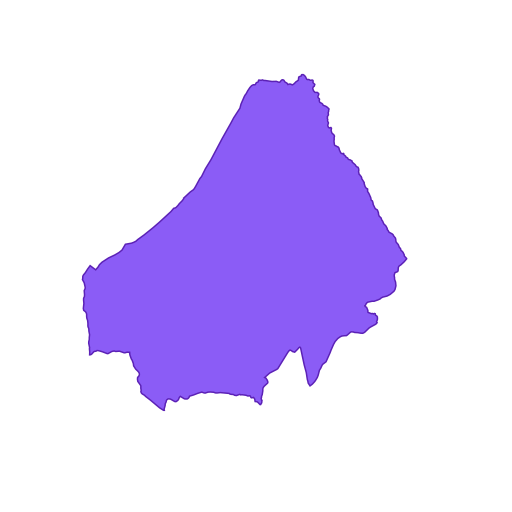 Oshwe, Bandundu, Democratic Republic of the Congo, rotated 211°
{"feature_id": "63176286B4112889633509", "entity_name": "Oshwe", "entity_type": "district", "adm_level": 2, "iso_a3": "COD", "parent_name": "Democratic Republic of the Congo", "parent_adm1": "Bandundu", "projection": "robinson", "projection_center": [19.895, -3.147], "detail": "fine", "context": "isolated", "style": "filled", "palette": "violet", "viewbox_px": 512, "rotation_deg": 211, "n_neighbors": 0, "source": "geoboundaries", "source_scale": "gbopen_adm2", "svg_char_len": 6098}
<svg xmlns="http://www.w3.org/2000/svg" viewBox="0 0 512 512"><g transform="rotate(211 256 256)"><path d="M393.2,162.3L393.6,158.1L393.7,153.7L394.1,151.1L394.1,150.0L393.9,149.2L393.0,147.6L392.6,146.4L389.5,144.6L386.2,141.1L385.7,140.1L385.4,137.8L383.1,134.6L382.2,132.9L382.0,131.0L381.1,129.4L379.1,126.7L377.0,122.1L375.7,120.7L373.4,120.4L372.4,119.9L371.3,119.0L369.8,116.6L368.8,115.4L367.2,114.1L365.5,111.9L364.0,109.4L363.3,108.6L362.5,108.1L361.7,107.3L360.5,105.5L358.1,102.8L357.0,100.4L355.9,98.5L355.2,96.4L354.5,95.1L351.4,91.7L351.0,90.7L349.1,88.1L347.7,85.6L346.8,86.3L346.3,87.4L345.7,90.4L345.2,91.2L344.2,91.9L343.6,93.1L342.1,93.8L338.3,94.8L333.2,95.7L332.5,96.2L330.4,99.9L328.7,101.5L327.1,101.9L324.0,104.1L319.2,105.1L318.5,105.5L316.8,107.3L316.2,107.5L314.7,108.4L313.2,106.3L309.8,103.5L308.4,102.8L305.7,100.6L304.3,98.8L300.9,97.1L298.3,96.5L296.7,96.0L295.7,95.4L295.0,94.5L294.7,93.8L294.6,92.1L295.0,91.1L294.2,89.4L292.7,87.6L288.3,85.7L287.8,85.3L286.6,83.3L285.3,81.8L284.8,80.4L283.8,79.6L282.5,79.2L279.7,79.2L278.5,78.8L272.3,78.1L260.4,76.2L255.8,76.1L255.1,76.5L255.9,77.4L256.8,80.8L257.7,82.7L257.9,84.7L258.3,85.6L258.4,86.7L258.0,87.8L257.3,88.6L255.5,89.3L250.7,89.4L249.6,89.9L248.8,91.5L248.5,92.9L248.9,95.3L248.6,96.7L243.8,96.7L242.3,97.4L241.2,98.2L240.7,99.4L240.6,100.6L240.8,101.6L237.9,104.8L235.2,108.3L232.4,111.4L229.9,111.9L228.9,112.4L227.0,114.6L225.1,115.9L222.1,117.4L220.4,117.7L218.9,118.5L216.3,120.5L208.2,124.4L207.5,124.2L206.1,124.6L204.1,125.6L202.6,125.6L200.9,126.3L198.9,128.8L198.4,129.1L197.8,129.0L196.3,130.0L192.8,131.5L190.9,131.8L189.3,133.0L188.6,132.9L187.4,132.1L186.6,132.2L185.3,133.5L183.4,132.7L181.8,130.8L180.0,131.6L178.9,131.5L176.0,130.7L175.5,131.0L175.5,133.1L176.5,135.3L176.9,135.2L178.3,136.7L178.6,138.1L179.1,138.7L179.2,140.2L180.7,143.9L181.5,145.2L182.0,146.4L182.0,148.1L181.7,149.3L180.6,153.0L180.8,153.9L181.6,154.8L182.0,154.9L182.9,155.7L183.7,155.9L184.4,156.4L186.0,156.3L184.0,162.7L179.8,169.5L179.3,170.7L179.1,189.6L178.9,191.6L178.4,192.9L176.9,193.1L175.5,192.9L173.3,193.5L172.3,197.5L172.1,199.2L171.6,200.4L171.2,200.5L170.5,200.2L169.8,199.5L158.6,187.5L152.8,181.9L148.5,176.7L146.7,175.0L145.9,174.0L142.8,172.5L141.7,175.2L141.0,178.7L140.9,180.5L140.9,183.4L141.3,185.8L142.8,190.8L142.7,192.9L143.1,196.5L143.0,197.6L141.5,201.4L142.7,211.3L143.2,214.0L144.0,220.1L144.1,223.5L143.4,227.4L142.3,229.9L141.3,231.5L139.6,232.9L137.5,234.3L137.1,235.1L135.8,239.3L135.2,240.1L133.4,241.0L132.2,241.2L129.1,242.8L126.7,243.7L124.9,244.6L124.2,245.4L123.5,246.8L122.0,252.5L121.3,254.0L118.3,259.1L117.9,260.4L117.9,261.3L118.6,261.5L118.9,261.9L119.0,263.2L119.4,264.5L120.6,266.3L121.5,266.8L123.1,266.8L124.0,267.9L125.0,267.7L125.5,266.8L126.6,266.7L127.4,266.0L130.7,265.4L131.2,265.5L132.1,267.0L134.8,269.0L136.4,268.9L137.1,269.5L136.8,270.1L137.0,271.7L136.8,273.1L136.4,274.0L133.3,276.9L131.5,278.0L128.9,281.1L127.5,283.1L127.1,284.5L126.2,286.0L123.0,289.2L121.2,292.2L119.6,296.8L119.6,298.9L120.7,302.5L122.9,305.5L125.2,307.4L126.3,309.1L127.2,310.0L127.8,311.1L128.3,313.3L126.6,315.5L126.6,316.5L128.1,319.5L128.2,320.4L128.1,321.3L127.3,322.9L126.0,327.4L125.4,331.2L125.8,331.5L128.9,332.4L129.5,333.3L131.8,334.8L133.0,335.3L134.5,335.4L136.1,336.9L137.5,337.2L140.0,339.1L142.8,340.0L143.7,340.7L144.9,342.4L145.8,343.2L148.1,344.0L149.6,344.9L150.8,345.1L154.2,344.9L156.1,346.0L157.2,346.3L157.7,347.2L160.2,348.7L163.1,349.4L165.4,351.1L166.7,351.6L168.5,353.1L170.9,353.6L172.4,354.8L173.3,356.1L174.9,357.4L175.8,358.0L178.2,358.0L182.3,360.7L182.7,361.4L184.3,362.9L184.8,363.2L185.4,363.1L186.1,363.3L187.7,365.1L191.5,367.8L193.6,368.8L194.8,370.9L195.3,371.0L195.7,370.8L196.1,370.8L198.1,371.6L200.6,373.8L201.1,374.7L205.3,376.8L205.7,377.5L207.0,378.4L207.8,378.5L208.6,379.0L209.6,379.1L211.5,381.1L212.1,382.6L213.1,383.8L214.2,384.6L215.6,384.4L216.6,384.6L217.9,385.3L221.8,386.0L222.6,386.9L224.9,386.9L226.0,386.5L227.1,386.6L227.9,387.2L230.1,387.2L230.6,387.7L233.3,388.2L233.6,389.0L233.9,389.0L234.4,388.4L235.1,388.0L236.4,388.0L239.2,389.9L240.4,391.2L241.6,391.7L242.2,391.8L242.5,391.5L244.0,391.6L244.7,391.4L245.4,391.4L246.1,391.8L248.3,394.6L249.1,396.4L249.9,397.5L250.5,399.2L251.9,400.1L253.6,400.3L254.7,400.8L256.4,402.5L256.9,404.0L257.3,404.5L258.0,404.7L259.0,403.6L260.0,403.5L260.9,404.1L261.8,404.9L262.4,407.3L262.9,407.8L263.8,408.2L264.4,408.9L264.9,410.1L265.6,410.5L266.2,411.7L266.6,412.1L266.6,414.3L268.0,416.1L268.2,417.3L268.6,417.9L269.1,419.6L271.3,420.2L273.4,420.3L276.0,419.8L277.1,420.5L278.1,420.7L280.3,420.6L280.8,420.8L281.8,421.7L282.2,422.9L282.7,423.4L284.0,423.6L284.6,424.0L285.1,424.7L285.4,426.8L285.8,427.4L286.3,427.7L287.1,427.6L287.7,427.8L289.7,426.6L291.7,427.2L293.6,428.7L294.0,430.4L293.5,431.5L294.0,433.4L296.0,433.8L296.5,434.1L297.3,435.6L298.0,435.9L298.6,435.7L299.3,435.0L300.0,434.6L301.7,434.5L302.6,433.8L303.4,433.6L304.0,433.9L305.8,435.1L307.4,435.7L309.0,435.8L310.1,435.1L310.3,434.7L309.9,433.8L311.3,431.9L311.5,431.3L310.3,428.6L310.6,427.6L311.4,426.1L312.1,423.2L312.8,421.6L313.4,421.3L314.9,421.2L315.2,420.8L316.0,420.6L317.0,419.4L318.4,420.1L320.9,420.1L322.6,421.0L323.8,420.9L324.5,420.3L324.8,419.4L325.1,417.5L325.3,417.0L325.8,416.7L328.5,416.2L332.2,413.8L338.9,411.0L339.5,410.5L341.1,410.3L342.1,409.2L344.2,408.3L344.3,407.7L343.8,407.0L343.8,406.4L344.9,404.8L345.0,404.3L344.9,402.7L345.1,402.2L346.5,401.4L347.5,399.8L348.0,397.3L348.2,393.4L348.0,390.0L348.2,388.9L348.2,386.9L347.1,378.5L345.9,374.4L346.3,362.9L346.0,357.0L345.5,339.3L344.2,315.5L344.3,304.8L343.6,296.1L344.0,293.5L343.6,284.5L343.6,281.8L343.9,280.3L345.3,277.1L347.7,268.8L347.8,268.4L347.6,268.3L347.5,267.4L347.8,265.0L348.7,261.4L348.9,259.2L349.5,256.5L350.0,255.6L351.1,254.5L351.8,250.2L356.4,234.6L358.9,227.0L362.7,216.6L365.8,209.3L366.6,206.7L367.9,204.7L369.3,202.9L374.0,198.8L373.9,192.1L375.2,188.5L377.6,184.1L381.4,178.4L384.8,171.4L385.7,168.0L385.7,165.2L386.3,161.6L393.2,162.3Z" fill="#8b5cf6" stroke="#5b21b6" stroke-width="1.5"/></g></svg>